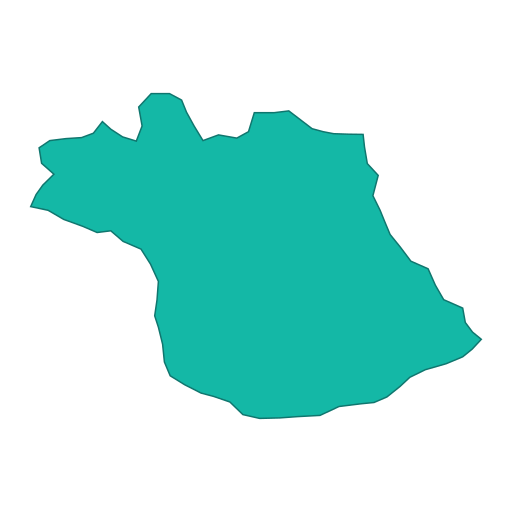 Sarzedo, Minas Gerais, Brazil
{"feature_id": "56859067B34966160982141", "entity_name": "Sarzedo", "entity_type": "district", "adm_level": 2, "iso_a3": "BRA", "parent_name": "Brazil", "parent_adm1": "Minas Gerais", "projection": "mercator", "projection_center": [-44.126, -20.058], "detail": "fine", "context": "isolated", "style": "filled", "palette": "teal", "viewbox_px": 512, "rotation_deg": 0, "n_neighbors": 0, "source": "geoboundaries", "source_scale": "gbopen_adm2", "svg_char_len": 1123}
<svg xmlns="http://www.w3.org/2000/svg" viewBox="0 0 512 512"><path d="M30.7,206.6L48.1,210.3L63.7,219.4L82.7,226.3L97.1,232.5L110.8,230.8L123.1,241.4L141.0,249.1L150.5,264.1L158.4,281.4L157.0,300.0L154.7,315.8L158.4,327.2L162.6,344.2L164.4,362.0L170.2,375.8L184.6,384.7L201.1,393.1L213.6,396.4L229.9,402.0L242.9,414.6L259.6,418.4L279.8,417.9L297.7,416.6L320.0,415.4L339.0,406.5L360.8,403.8L374.0,402.5L387.0,396.9L400.3,386.2L409.8,377.3L425.3,369.7L446.2,363.7L462.7,356.8L472.2,349.1L481.3,339.3L472.5,332.1L465.3,322.5L462.7,308.1L443.7,299.7L435.3,285.1L428.1,268.8L410.9,261.2L400.3,247.1L390.1,234.5L384.7,221.6L380.1,210.3L372.9,195.7L378.2,175.4L367.3,163.6L364.5,147.0L363.1,134.4L348.5,134.2L333.6,133.7L323.2,131.7L312.1,128.7L288.8,110.9L274.0,112.7L254.3,112.7L248.5,131.7L236.8,138.1L218.5,134.9L203.0,140.6L194.1,126.0L186.5,112.2L181.6,100.1L169.5,93.6L151.2,93.6L138.7,107.0L142.1,126.0L136.3,141.1L122.6,136.9L110.8,129.2L102.4,121.6L93.4,133.2L81.6,137.6L66.0,138.6L49.8,140.6L39.1,147.8L41.6,163.3L53.9,174.2L42.8,185.1L36.1,194.5L30.7,206.6Z" fill="#14b8a6" stroke="#0f766e" stroke-width="1.5"/></svg>